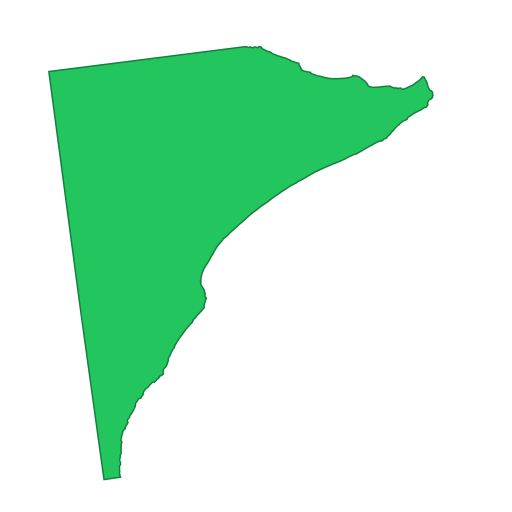 outline of Rawson, Chubut, Argentina, rotated 355°
{"feature_id": "61730980B86456825396626", "entity_name": "Rawson", "entity_type": "district", "adm_level": 2, "iso_a3": "ARG", "parent_name": "Argentina", "parent_adm1": "Chubut", "projection": "orthographic", "projection_center": [-64.868, -43.298], "detail": "fine", "context": "isolated", "style": "filled", "palette": "green", "viewbox_px": 512, "rotation_deg": 355, "n_neighbors": 0, "source": "geoboundaries", "source_scale": "gbopen_adm2", "svg_char_len": 5936}
<svg xmlns="http://www.w3.org/2000/svg" viewBox="0 0 512 512"><g transform="rotate(355 256 256)"><path d="M85.1,465.5L101.7,464.5L101.5,464.0L101.5,463.2L101.4,462.7L101.0,462.1L101.2,461.3L101.2,460.0L101.5,458.5L101.5,457.9L101.3,457.2L101.4,456.3L101.7,455.6L101.5,454.2L101.8,453.3L102.7,452.3L102.9,451.2L103.0,449.6L102.5,448.5L102.3,447.1L102.7,446.1L102.9,445.7L103.1,444.9L103.3,443.7L103.4,442.7L103.7,441.9L104.2,441.5L104.7,439.2L104.7,437.4L105.2,432.6L106.0,429.9L106.1,428.9L105.7,428.6L105.4,428.1L105.3,427.6L105.5,426.7L105.7,426.1L106.2,425.1L106.4,423.9L106.5,423.4L107.3,422.0L107.5,421.0L108.2,418.9L109.2,417.5L110.3,417.1L110.7,416.5L110.5,416.1L110.5,415.6L111.0,415.1L111.3,414.9L111.3,414.4L111.7,413.5L112.0,413.2L112.7,412.8L114.0,410.7L113.7,410.2L113.5,409.4L113.6,408.7L113.8,408.0L114.3,407.0L114.9,406.8L115.3,406.4L115.5,406.0L116.2,405.1L116.3,404.3L116.5,403.9L117.1,403.5L117.7,402.7L118.5,401.9L121.2,397.8L122.2,396.1L122.6,395.2L122.6,394.6L123.1,393.9L122.9,392.9L123.1,392.5L123.5,391.7L124.0,391.4L124.5,390.8L124.6,390.5L125.4,389.9L125.7,389.1L126.1,388.5L126.5,388.2L127.3,387.8L128.2,387.9L128.7,387.6L131.6,384.0L131.7,383.9L131.5,383.2L131.5,382.8L132.2,381.8L132.5,381.0L133.8,379.4L134.9,378.4L136.9,377.4L138.1,376.0L141.3,373.2L142.1,372.7L142.8,372.6L143.6,372.9L145.3,371.7L146.9,370.0L147.7,369.6L148.1,369.6L148.1,369.3L148.5,369.0L148.5,368.7L148.7,368.4L148.8,368.2L149.0,368.0L149.3,368.1L149.4,367.9L149.3,367.5L149.9,367.0L151.1,367.0L151.8,366.6L152.0,366.4L153.5,365.4L153.6,365.2L153.5,364.1L153.3,362.8L154.0,361.2L154.2,360.5L154.8,359.7L155.4,359.3L155.7,359.3L155.9,359.1L156.9,358.1L157.9,356.2L158.4,355.6L158.7,353.9L159.5,352.9L159.5,351.3L159.7,350.7L160.0,350.1L160.0,349.8L160.5,349.0L161.3,348.3L161.5,348.0L162.2,346.5L162.7,345.6L162.8,345.1L163.6,344.0L165.1,341.7L166.5,340.3L167.3,338.4L169.4,335.2L170.8,333.5L171.6,332.3L177.1,326.1L179.4,323.3L183.6,319.3L185.3,317.8L185.6,317.6L187.0,316.2L187.3,315.9L187.4,315.0L187.8,314.4L188.4,313.7L190.0,312.5L192.1,310.2L195.5,307.1L196.8,306.1L198.1,304.5L199.8,303.1L199.9,302.6L200.0,301.0L200.4,299.6L201.0,297.8L202.5,294.5L202.8,293.5L202.8,293.3L202.6,293.0L202.1,292.9L201.9,292.5L201.7,292.0L201.7,290.8L201.9,289.9L202.1,289.5L202.1,289.2L201.6,287.1L201.6,286.0L201.4,285.0L200.6,283.8L199.9,282.1L198.8,280.6L198.6,279.1L198.7,278.4L198.6,277.0L198.7,276.6L199.0,276.5L199.0,276.4L198.5,276.1L198.5,275.7L199.0,275.1L199.3,273.2L200.6,269.0L201.9,266.3L203.3,263.7L208.1,257.5L211.7,252.1L213.8,249.3L214.4,248.2L216.5,245.3L219.3,241.8L224.3,237.0L224.8,236.1L225.7,235.4L227.2,234.7L228.2,233.8L229.3,233.2L231.4,231.2L236.3,227.4L239.6,225.1L240.8,224.0L246.7,219.7L253.6,214.5L256.2,212.8L256.7,212.4L257.6,211.9L257.8,211.7L259.8,210.6L260.2,210.2L261.3,209.7L263.0,208.4L266.6,206.2L272.1,203.2L274.7,201.4L280.2,198.1L289.1,193.1L291.4,191.9L297.0,188.9L302.0,186.9L304.6,185.4L306.4,184.7L307.1,184.6L308.7,183.7L310.2,183.1L314.4,181.0L321.8,177.6L323.6,176.9L324.1,176.9L325.2,176.3L326.6,175.9L326.9,175.7L328.3,175.3L330.0,174.6L334.4,173.1L334.7,173.1L337.3,172.1L339.6,171.5L340.7,171.0L342.3,170.7L348.1,168.8L349.2,168.5L352.1,167.4L353.2,167.1L356.3,165.6L360.9,164.0L361.9,163.5L362.6,163.5L363.2,163.2L365.0,163.0L376.6,157.5L377.9,157.0L379.5,156.2L380.2,156.1L384.0,154.2L388.2,152.6L390.3,152.3L391.2,152.4L391.8,152.1L393.3,150.8L394.2,150.4L395.9,150.1L396.5,149.4L397.8,148.2L398.5,147.4L399.6,146.8L400.3,146.2L401.9,144.4L403.9,142.7L404.9,141.6L408.0,138.8L409.9,137.7L411.2,136.4L413.8,134.7L415.9,133.8L417.3,133.5L418.5,132.9L419.1,131.5L419.5,131.1L420.1,130.7L422.0,129.8L422.3,129.5L423.0,129.3L425.5,127.8L430.2,125.8L432.8,124.9L434.4,124.1L435.8,123.2L437.8,122.8L438.4,122.6L439.2,121.9L440.4,120.3L440.5,119.6L440.3,118.9L440.4,118.1L440.8,117.1L441.3,116.4L441.8,115.8L442.9,115.1L444.4,114.7L445.1,113.8L445.5,113.5L445.6,112.8L446.0,112.0L446.3,111.8L446.3,111.6L446.0,110.3L446.1,109.0L446.0,108.0L445.0,106.8L443.7,105.9L443.1,105.0L442.4,103.1L441.6,99.7L441.5,98.4L440.8,96.4L439.8,94.8L439.6,93.6L439.1,92.3L438.9,92.2L438.5,92.1L437.3,92.1L437.0,92.3L436.5,93.2L435.7,93.7L435.3,94.2L434.2,95.1L432.8,96.0L430.5,97.3L426.3,99.9L423.9,100.4L422.0,101.2L419.6,102.1L416.8,102.7L416.3,102.6L415.4,102.0L414.9,101.4L414.5,101.2L413.7,101.2L412.5,101.6L410.8,101.4L410.7,101.2L410.8,101.1L411.3,101.0L411.2,100.9L408.0,100.6L407.6,100.3L405.2,99.2L404.7,98.6L403.5,98.5L403.0,98.4L402.1,98.4L401.7,98.2L399.3,98.3L396.1,98.3L392.6,98.5L388.6,98.3L386.2,98.0L384.6,97.5L383.2,96.7L382.2,95.9L381.9,95.1L382.2,94.5L381.6,94.0L381.0,92.9L379.7,91.4L379.5,91.0L377.6,89.5L377.1,88.8L375.6,87.8L375.2,87.3L374.6,86.7L373.8,86.4L373.2,86.0L371.6,85.3L370.2,85.3L369.5,84.9L368.9,84.8L368.2,84.5L367.9,85.2L367.6,85.4L367.5,85.6L366.8,85.7L365.6,86.2L363.1,86.5L359.9,86.7L352.3,86.4L347.3,86.0L344.9,85.6L342.1,84.9L341.6,84.7L341.3,84.4L340.6,84.4L339.8,84.2L338.9,83.9L338.5,83.5L337.4,83.2L337.1,83.0L333.6,82.1L333.2,81.9L331.0,81.0L330.1,80.5L328.6,79.9L327.1,79.2L326.3,78.1L326.3,77.8L322.3,76.8L318.9,75.5L317.5,74.5L317.2,74.1L317.2,73.4L317.3,73.4L316.9,72.9L316.9,72.0L316.6,71.8L316.4,71.1L316.0,70.6L316.0,70.0L315.8,69.7L315.3,68.9L315.3,68.7L315.5,68.5L315.5,68.2L315.5,67.8L313.8,67.2L312.9,66.9L312.8,67.0L311.2,66.1L308.2,64.8L306.1,63.3L304.8,62.7L304.5,62.5L302.8,61.7L302.4,61.2L302.1,61.2L301.7,61.1L300.3,60.7L297.5,59.3L295.4,58.6L290.6,56.2L289.6,55.5L289.2,55.0L288.1,54.4L287.7,53.9L287.0,53.5L286.3,53.4L284.6,52.7L281.7,50.8L280.5,50.2L279.7,49.4L279.7,49.1L279.8,48.7L279.5,48.5L279.3,48.2L278.8,48.3L278.3,48.0L278.3,47.8L277.3,47.7L276.8,48.1L276.0,48.4L275.4,48.4L275.2,48.5L274.5,48.3L274.1,47.9L273.3,47.8L272.9,47.6L271.9,47.9L271.3,48.0L270.9,48.3L270.1,48.1L268.6,47.2L268.4,47.2L267.3,47.7L265.6,47.2L264.1,46.5L263.7,46.5L65.7,54.2L76.5,294.5L85.1,465.5Z" fill="#22c55e" stroke="#15803d" stroke-width="1.5"/></g></svg>